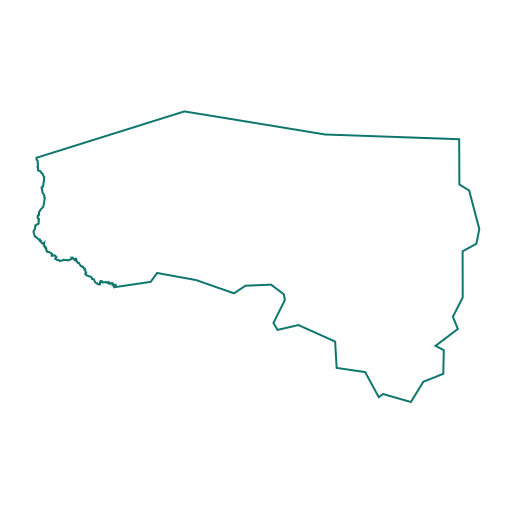 the district of Pibor, Jonglei, South Sudan, rotated 181°
{"feature_id": "79223893B32810285770131", "entity_name": "Pibor", "entity_type": "district", "adm_level": 2, "iso_a3": "SSD", "parent_name": "South Sudan", "parent_adm1": "Jonglei", "projection": "orthographic", "projection_center": [34.735, 6.56], "detail": "fine", "context": "isolated", "style": "outline", "palette": "teal", "viewbox_px": 512, "rotation_deg": 181, "n_neighbors": 0, "source": "geoboundaries", "source_scale": "gbopen_adm2", "svg_char_len": 5636}
<svg xmlns="http://www.w3.org/2000/svg" viewBox="0 0 512 512"><g transform="rotate(181 256 256)"><path d="M260.8,389.2L330.2,399.3L477.2,350.4L477.0,350.0L477.0,349.1L477.0,348.6L476.6,348.1L476.3,347.9L476.0,347.4L476.0,346.8L476.1,346.2L475.6,345.2L475.8,344.9L475.8,344.6L475.8,344.2L475.6,343.4L475.6,342.9L475.6,342.4L475.6,342.0L476.0,341.6L476.1,341.4L475.9,341.1L475.6,340.9L475.5,340.4L475.3,340.0L475.3,339.5L475.6,339.2L475.7,338.7L475.3,338.1L475.2,337.6L474.1,337.4L473.4,337.2L473.2,336.7L472.5,336.3L472.2,335.8L472.0,335.2L471.3,334.9L470.9,334.5L470.7,334.1L470.3,333.5L470.3,332.9L469.9,332.1L469.5,331.7L469.0,331.1L469.0,330.6L469.1,330.2L469.3,329.8L469.3,328.8L469.3,328.3L469.3,327.8L469.3,327.3L469.3,326.9L469.5,326.5L469.8,325.6L469.8,325.3L469.8,324.8L469.8,324.2L469.8,323.7L470.0,323.2L470.0,322.5L470.1,322.1L470.2,321.7L471.0,321.5L471.5,321.1L471.5,320.7L471.5,320.2L471.5,319.8L471.1,319.6L471.1,319.2L471.1,318.6L471.0,318.0L470.8,317.6L470.8,316.9L470.8,316.4L470.6,316.1L470.4,315.6L470.3,315.2L470.1,314.8L469.5,314.2L469.3,313.4L468.6,312.8L468.6,312.0L468.6,311.7L468.8,311.1L468.6,310.8L468.2,310.6L468.2,310.2L469.5,301.5L472.0,298.8L472.3,298.3L472.9,297.5L472.9,297.3L473.4,296.7L473.4,296.3L473.8,296.0L473.8,295.8L473.8,295.3L473.7,294.9L473.7,294.2L473.5,293.8L473.6,293.5L474.0,293.3L473.8,293.1L474.0,292.9L474.3,292.8L474.3,292.6L474.5,292.6L474.8,292.6L475.1,292.2L475.1,291.9L475.1,291.2L475.1,290.6L474.7,290.1L474.1,289.7L474.4,289.5L474.0,289.1L474.0,288.8L473.9,288.6L473.9,288.1L473.6,287.9L473.8,287.4L474.1,287.0L474.0,286.4L474.0,286.1L473.8,285.5L473.9,285.0L474.0,284.9L474.2,284.7L474.1,284.4L474.5,284.1L474.9,283.9L475.2,283.9L475.4,283.8L475.9,283.6L476.1,283.5L476.2,283.3L476.3,283.1L476.5,282.8L476.9,282.8L476.9,282.4L477.0,282.2L477.3,282.0L477.2,281.7L477.2,281.4L477.4,281.1L477.4,280.9L477.4,280.6L477.5,280.4L477.5,280.1L477.4,280.0L477.4,279.7L477.7,279.6L477.7,279.2L477.7,278.9L477.7,278.5L477.9,278.2L478.3,277.6L478.6,277.5L478.8,277.1L478.8,276.7L478.8,276.3L478.7,276.0L478.6,275.6L478.7,275.3L478.7,275.1L478.4,274.7L478.3,274.2L478.1,273.8L477.9,273.3L477.9,272.6L477.6,272.2L477.5,271.6L476.9,271.3L476.5,271.4L476.0,270.9L475.6,270.8L475.4,270.4L475.1,270.0L474.7,269.7L474.1,269.4L473.9,269.2L473.7,268.9L473.1,268.9L472.5,268.7L472.2,268.6L472.2,268.1L472.0,267.7L471.8,267.6L472.0,267.5L472.3,267.3L472.0,267.0L471.7,266.7L471.5,266.3L470.9,266.0L470.4,265.4L470.3,265.0L469.8,264.8L469.3,264.8L468.5,265.4L468.1,265.7L468.2,265.3L468.1,265.0L468.1,264.4L468.3,263.8L468.4,263.3L468.3,262.7L467.9,262.3L467.1,262.0L466.7,261.5L467.1,261.1L467.2,260.7L466.9,260.4L466.5,260.4L466.1,260.4L465.8,259.8L465.6,259.1L465.9,258.3L465.8,257.9L465.4,257.4L465.0,257.2L464.9,256.6L464.4,256.4L463.7,256.6L463.1,256.5L462.7,256.4L462.4,255.9L461.6,255.6L461.0,255.4L460.8,255.2L460.5,254.9L459.9,254.5L459.8,253.7L459.9,253.1L460.4,252.9L460.4,252.7L459.8,252.5L459.2,252.7L458.7,252.9L458.2,253.1L457.9,253.2L457.5,253.0L457.1,252.8L456.6,252.8L456.4,252.5L456.3,252.0L455.8,251.6L455.5,251.4L455.6,251.0L456.2,250.6L456.5,250.5L456.7,249.9L456.7,249.5L456.1,249.3L455.6,249.0L455.1,248.8L454.7,248.6L454.0,248.4L453.5,248.6L453.1,248.5L452.6,248.1L452.3,247.7L452.0,248.0L451.6,248.0L450.6,247.8L449.8,248.0L448.9,248.4L448.3,249.0L447.8,248.9L447.2,248.6L446.7,248.6L446.0,248.6L445.5,248.8L445.2,248.5L444.6,248.5L444.3,248.4L443.9,248.3L443.4,248.6L442.9,248.6L442.6,248.8L442.3,249.0L441.6,249.3L441.1,249.3L440.9,249.6L440.5,249.7L440.1,250.0L439.9,250.5L440.3,251.1L440.0,251.1L439.5,251.1L439.2,251.2L438.8,250.7L438.8,250.3L438.3,249.9L437.9,249.7L437.5,249.5L437.5,249.0L437.1,248.8L436.9,249.2L436.7,249.8L436.2,250.3L435.8,250.1L435.8,249.7L435.6,249.3L435.4,248.8L435.5,248.3L435.5,247.5L434.9,247.1L434.5,247.0L434.1,246.5L433.9,246.0L433.3,246.1L433.0,246.0L432.7,245.7L432.4,244.9L431.9,244.2L431.3,243.5L430.8,242.8L430.3,242.4L429.6,242.4L429.0,242.5L428.8,242.0L428.8,241.6L428.4,241.3L427.8,240.7L427.5,240.4L426.9,240.3L427.1,239.9L427.3,239.6L427.2,239.1L426.7,238.9L426.3,238.3L426.2,237.5L426.0,237.0L425.5,236.7L425.4,236.3L425.9,236.1L426.3,235.7L426.4,235.0L425.8,234.7L425.4,234.1L425.2,233.6L424.6,233.5L423.9,233.5L423.7,233.2L423.1,233.1L422.6,232.7L421.5,232.5L421.0,232.5L420.4,232.2L419.8,231.3L419.5,230.8L419.5,230.2L418.9,230.1L418.4,230.1L417.8,229.9L417.5,229.3L417.2,228.4L416.9,228.0L416.4,227.1L416.2,226.7L415.5,226.3L414.8,226.1L414.2,225.4L413.7,225.4L413.2,225.0L412.7,225.0L412.4,224.8L411.6,224.8L411.5,225.4L411.5,225.8L411.5,226.4L411.5,226.9L411.5,227.4L411.1,228.0L410.8,228.3L410.2,228.3L409.6,228.1L409.5,227.6L409.5,227.0L409.1,226.9L408.6,226.8L407.8,227.0L407.5,227.2L407.0,227.1L406.5,227.1L406.2,227.2L405.7,227.1L405.5,227.4L405.2,227.2L404.8,227.0L404.5,227.2L404.2,227.0L403.9,226.5L403.5,226.5L403.0,227.0L402.9,226.5L402.8,226.2L402.5,226.3L401.9,226.6L401.7,226.2L401.7,225.7L401.1,225.7L400.8,226.1L400.4,226.1L400.1,226.4L399.4,225.9L399.1,226.3L398.8,225.9L398.9,225.1L398.1,225.2L397.9,224.7L398.2,224.2L397.2,224.3L397.0,224.6L396.5,224.2L395.8,224.6L395.7,224.1L395.6,223.6L395.7,223.0L395.9,222.7L396.5,222.7L396.9,222.7L397.2,222.5L397.2,222.3L360.9,228.3L354.6,237.3L315.5,230.9L277.4,218.3L266.0,226.1L240.4,227.6L227.4,218.1L226.4,212.4L237.4,189.3L233.2,182.5L212.4,187.7L175.4,171.8L173.6,148.2L173.4,145.5L144.8,141.8L130.8,117.0L126.6,120.2L98.6,112.7L86.5,133.2L66.7,141.5L66.6,165.1L74.9,169.3L52.9,186.6L58.1,198.7L48.6,218.1L49.5,264.3L35.9,272.1L33.2,286.8L44.0,325.2L53.9,331.0L54.9,376.3L189.1,378.7L260.8,389.2Z" fill="none" stroke="#0f766e" stroke-width="2"/></g></svg>